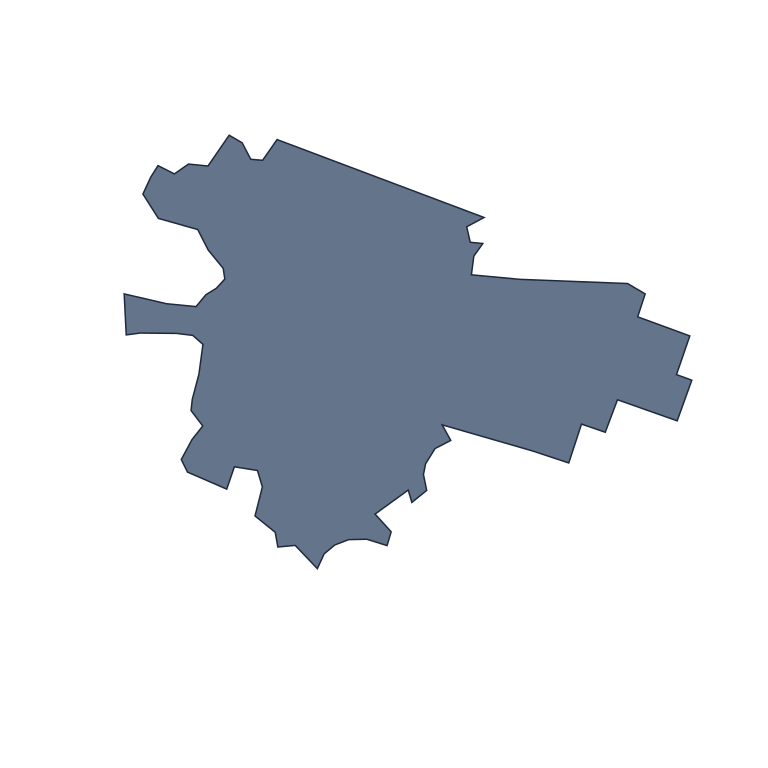 Vista Alegre do Prata, Rio Grande do Sul, Brazil (Robinson projection), rotated 19°
{"feature_id": "56859067B77404714418488", "entity_name": "Vista Alegre do Prata", "entity_type": "district", "adm_level": 2, "iso_a3": "BRA", "parent_name": "Brazil", "parent_adm1": "Rio Grande do Sul", "projection": "robinson", "projection_center": [-51.791, -28.831], "detail": "fine", "context": "isolated", "style": "filled", "palette": "slate", "viewbox_px": 768, "rotation_deg": 19, "n_neighbors": 0, "source": "geoboundaries", "source_scale": "gbopen_adm2", "svg_char_len": 1091}
<svg xmlns="http://www.w3.org/2000/svg" viewBox="0 0 768 768"><g transform="rotate(19 384 384)"><path d="M584.4,398.5L583.8,357.6L608.9,357.6L609.9,322.9L673.2,323.4L673.8,280.2L657.5,279.9L657.5,239.0L602.0,237.9L601.6,213.8L581.6,209.7L478.4,240.8L431.1,252.3L427.3,233.8L431.7,219.0L419.4,221.9L411.0,208.4L424.4,194.0L203.3,187.7L196.4,212.0L184.9,214.9L171.3,202.1L156.6,199.2L146.6,235.2L127.5,239.7L117.4,253.6L99.2,251.1L96.1,264.4L94.2,282.9L116.8,300.9L157.6,298.6L174.2,314.6L194.3,327.0L199.3,336.6L194.3,348.1L186.5,357.6L181.1,372.0L152.2,378.9L109.0,383.4L124.3,421.5L136.9,415.2L171.4,403.7L187.4,400.3L199.9,405.5L205.8,435.0L207.7,460.8L210.2,471.9L226.3,482.7L220.6,498.9L216.9,521.4L226.9,531.3L269.5,534.6L269.5,511.0L292.5,507.0L302.5,520.9L305.0,550.8L329.4,559.6L336.7,572.7L352.6,565.5L381.1,580.3L382.7,564.1L389.9,552.2L401.2,542.7L418.2,536.4L439.5,535.8L438.9,521.4L417.9,509.9L441.4,476.4L448.9,486.9L459.0,470.7L450.8,456.8L449.3,445.8L453.3,428.4L465.5,415.6L452.3,403.7L545.2,399.0L584.4,398.5Z" fill="#64748b" stroke="#1e293b" stroke-width="1.5"/></g></svg>